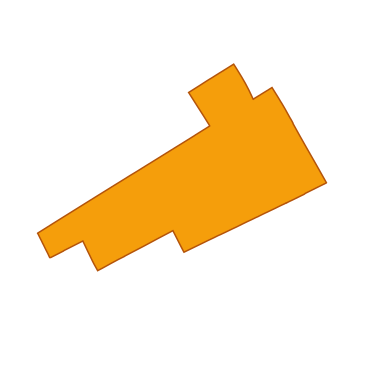 Valea Macrisului, Ialomita, Romania, rotated 212°
{"feature_id": "2599482B8217368886513", "entity_name": "Valea Macrisului", "entity_type": "district", "adm_level": 2, "iso_a3": "ROU", "parent_name": "Romania", "parent_adm1": "Ialomita", "projection": "orthographic", "projection_center": [26.849, 44.758], "detail": "fine", "context": "isolated", "style": "filled", "palette": "amber", "viewbox_px": 384, "rotation_deg": 212, "n_neighbors": 0, "source": "geoboundaries", "source_scale": "gbopen_adm2", "svg_char_len": 1977}
<svg xmlns="http://www.w3.org/2000/svg" viewBox="0 0 384 384"><g transform="rotate(212 192 192)"><path d="M164.8,315.7L168.5,317.6L179.5,323.0L182.6,316.7L184.1,313.7L187.2,307.4L188.6,304.6L189.2,303.1L189.3,303.1L189.6,303.3L192.2,305.0L197.5,308.4L204.5,312.5L210.7,315.8L212.7,316.8L221.4,321.1L224.4,322.5L228.2,314.7L231.8,307.4L233.6,303.7L235.8,299.1L236.7,297.4L237.3,296.2L238.6,293.5L240.2,290.1L241.5,287.3L247.6,274.6L231.7,267.0L222.2,262.5L212.2,257.6L212.0,257.3L219.4,242.1L219.6,241.5L231.7,216.9L250.6,178.4L253.3,173.1L257.3,164.9L262.8,153.8L262.9,153.5L263.6,152.1L266.4,146.4L270.1,138.9L293.2,91.6L297.1,83.5L300.6,76.3L300.9,75.7L301.1,75.3L301.1,75.2L300.1,74.7L299.6,74.4L296.1,72.2L293.4,70.6L291.4,69.3L290.0,68.5L287.3,66.8L284.7,65.2L284.0,64.8L281.2,63.1L279.1,61.7L278.5,61.4L278.2,61.1L277.9,61.0L277.3,61.4L277.0,61.7L272.6,69.0L269.7,73.9L269.6,74.4L264.1,83.5L258.6,92.6L248.9,86.4L244.4,83.6L244.1,83.4L241.1,81.5L240.0,80.8L237.3,79.2L237.0,79.0L234.1,77.4L231.2,75.8L230.9,75.6L230.3,75.3L230.1,75.7L227.8,79.6L222.8,88.6L222.4,89.3L221.6,90.7L220.8,92.1L218.7,95.8L215.2,101.5L215.3,101.6L211.1,108.8L207.8,114.4L204.1,120.7L196.0,134.9L187.7,149.1L173.1,140.3L168.2,137.4L166.9,136.7L156.0,154.1L152.7,159.4L149.3,164.7L146.8,168.8L145.2,171.1L144.2,172.7L142.5,175.3L138.1,182.3L135.7,186.0L132.2,191.7L129.2,196.5L127.1,199.7L126.9,200.0L124.1,204.5L122.9,206.2L122.5,206.9L122.1,207.6L120.0,211.0L118.6,213.2L118.0,214.1L117.4,215.0L116.6,216.3L114.5,219.6L112.7,222.4L111.8,223.9L110.0,226.8L108.6,229.0L107.4,230.8L106.4,232.6L106.2,232.5L105.3,234.1L104.4,235.6L102.9,237.9L98.8,244.5L97.0,247.4L95.9,249.1L95.8,249.3L95.4,250.1L95.3,250.7L89.1,260.8L82.9,270.9L82.9,271.1L101.1,281.0L119.0,290.6L130.4,296.8L142.5,303.5L142.8,303.9L145.2,305.3L146.7,306.1L148.1,306.8L149.6,307.6L150.8,308.3L152.3,309.1L156.8,311.6L160.2,313.4L161.0,313.8L162.9,314.8L164.8,315.7Z" fill="#f59e0b" stroke="#b45309" stroke-width="1.5"/></g></svg>